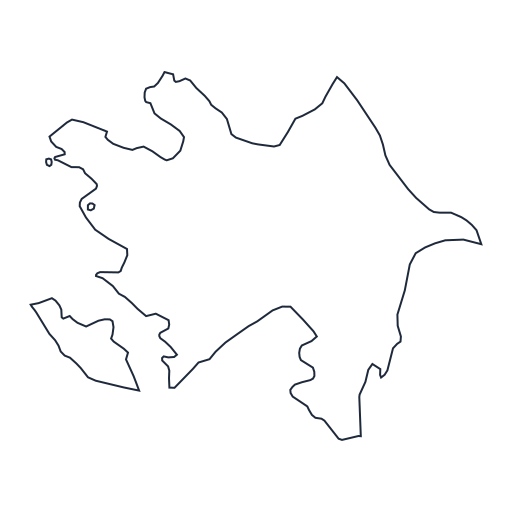 the border of Azerbaijan
{"feature_id": "AZE", "entity_name": "Azerbaijan", "entity_type": "country or territory", "adm_level": 0, "iso_a3": "AZE", "parent_name": "Asia", "parent_adm1": "", "projection": "mercator", "projection_center": [46.85, 40.145], "detail": "fine", "context": "isolated", "style": "outline", "palette": "slate", "viewbox_px": 512, "rotation_deg": 0, "n_neighbors": 0, "source": "natural_earth", "source_scale": "50m", "svg_char_len": 3205}
<svg xmlns="http://www.w3.org/2000/svg" viewBox="0 0 512 512"><path d="M360.8,436.2L358.5,436.0L342.0,439.9L338.6,438.7L324.4,420.6L321.5,418.7L315.4,417.8L311.9,414.9L309.0,410.0L307.3,406.4L292.7,396.6L290.6,393.0L290.3,389.9L292.4,387.0L294.9,384.6L302.0,382.2L310.3,380.1L313.0,378.6L314.4,376.0L314.3,371.8L312.9,367.6L300.9,360.1L299.6,356.9L299.2,352.9L299.9,348.7L301.8,345.5L311.5,341.1L316.8,336.5L313.5,331.3L303.0,319.6L290.5,306.7L282.2,306.6L272.6,310.4L257.2,321.4L248.7,326.1L237.6,333.9L225.5,342.5L215.6,351.7L209.5,359.2L198.5,362.5L192.9,368.9L174.5,387.8L169.4,387.6L169.0,378.2L169.3,370.7L168.1,366.4L162.2,360.5L162.1,358.0L163.7,356.4L168.3,357.4L174.1,357.0L176.9,354.7L170.6,346.9L165.1,341.7L160.3,338.2L159.3,336.1L159.3,334.6L160.3,332.8L168.3,328.5L169.2,324.6L168.6,320.2L155.8,313.7L146.1,316.1L137.5,308.8L131.9,303.1L125.0,297.0L118.9,293.7L112.9,286.1L102.6,278.2L96.0,276.0L96.1,274.8L97.3,273.3L100.1,272.1L118.4,272.4L120.7,271.0L121.8,267.6L124.3,262.6L127.3,255.2L127.0,249.0L108.6,238.9L95.2,229.7L85.9,217.4L79.7,206.2L79.9,202.5L81.7,198.9L96.0,188.6L97.0,185.9L96.7,184.1L91.6,178.8L85.1,173.3L83.1,169.3L79.1,167.2L71.4,167.1L57.9,160.3L55.0,159.7L54.4,158.3L55.1,157.0L64.7,154.3L64.6,152.0L61.6,149.0L56.2,146.9L51.2,141.5L49.5,136.6L66.9,122.5L72.0,119.6L83.4,122.2L107.0,131.6L105.4,136.9L107.8,139.8L113.2,143.8L123.6,147.8L132.4,149.9L136.8,148.1L143.6,146.6L152.4,151.3L160.5,157.1L164.6,159.5L166.7,160.3L172.9,158.3L180.3,150.7L183.2,141.5L184.0,137.1L179.7,131.0L170.8,124.4L160.8,118.5L154.5,113.4L150.4,103.2L146.2,102.1L145.2,100.8L144.5,97.3L144.7,92.5L146.1,88.7L150.1,87.1L154.2,86.5L157.9,83.0L162.5,75.9L164.5,72.1L173.1,74.3L174.3,80.6L175.8,81.9L179.4,81.2L185.4,78.5L190.2,80.5L196.3,88.0L204.8,95.9L209.4,101.2L211.2,104.8L215.5,108.3L221.8,112.5L226.9,119.0L231.4,134.1L235.9,137.6L252.3,143.3L258.0,144.4L274.0,146.5L279.7,145.0L287.9,132.0L295.4,118.7L302.3,115.9L314.8,109.4L322.3,103.3L325.5,96.6L332.6,84.1L337.0,77.1L344.3,83.3L357.2,100.3L375.4,127.7L379.9,135.5L382.9,144.5L385.4,155.4L389.6,164.9L408.1,189.1L416.1,197.9L429.2,209.4L433.8,212.0L439.9,212.7L451.1,212.7L461.4,217.2L466.5,220.4L471.8,224.9L476.5,230.2L481.3,244.2L463.4,239.6L445.3,240.3L435.1,243.3L425.2,247.4L415.7,253.2L409.8,264.4L404.8,290.4L397.4,314.6L397.7,325.8L400.9,336.5L400.5,341.6L397.2,343.8L393.0,348.3L387.4,370.4L384.6,374.8L381.1,377.5L380.1,374.9L380.3,369.1L372.4,364.0L368.3,369.8L365.4,381.9L359.6,394.6L359.3,397.0L360.8,436.2ZM93.8,208.6L94.6,205.1L92.4,203.5L90.0,203.4L87.9,205.2L87.9,209.5L90.8,210.3L93.8,208.6ZM34.7,310.2L31.9,306.7L30.7,304.7L38.7,303.1L51.9,298.2L55.5,300.6L59.4,305.4L61.3,309.6L61.7,317.3L63.3,318.6L69.7,316.0L72.6,319.1L77.5,322.8L86.1,326.5L98.5,320.7L104.7,319.3L109.8,319.4L112.5,321.2L113.5,327.2L112.5,334.6L111.1,338.6L113.7,341.6L123.8,348.7L128.0,352.6L126.0,359.4L133.6,376.1L136.1,382.6L139.1,390.6L123.6,387.4L95.7,380.7L88.0,377.3L80.7,368.0L76.4,363.5L70.0,357.7L64.7,355.6L60.7,351.5L58.5,345.6L55.1,340.2L49.4,333.9L36.3,312.5L34.7,310.2ZM51.3,164.8L49.5,166.1L46.9,164.8L46.1,162.1L46.3,159.3L48.9,158.6L51.1,159.4L51.7,162.0L51.3,164.8Z" fill="none" stroke="#1e293b" stroke-width="2"/></svg>